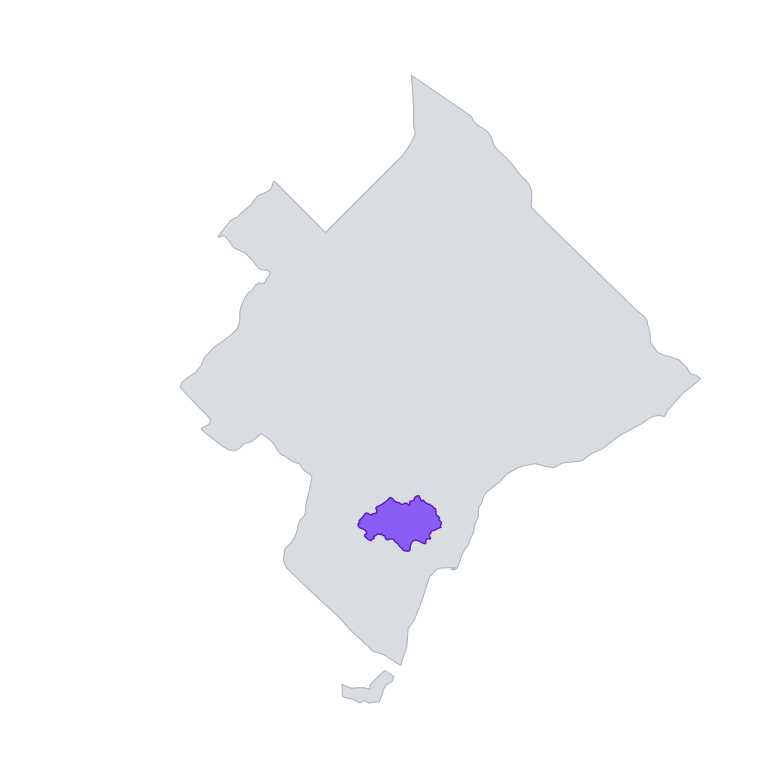 Cuanza Norte highlighted on a map of Angola, rotated 224°
{"feature_id": "AGO-1878", "entity_name": "Cuanza Norte", "entity_type": "Province", "adm_level": 1, "iso_a3": "AGO", "parent_name": "Angola", "parent_adm1": "", "projection": "albers", "projection_center": [14.948, -8.858], "detail": "fine", "context": "in_parent", "style": "filled", "palette": "violet", "viewbox_px": 768, "rotation_deg": 224, "n_neighbors": 0, "source": "natural_earth", "source_scale": "10m", "svg_char_len": 7398}
<svg xmlns="http://www.w3.org/2000/svg" viewBox="0 0 768 768"><g transform="rotate(224 384 384)"><path d="M605.7,374.6L606.4,379.5L607.1,386.3L607.5,391.2L608.0,393.4L608.2,394.5L607.5,395.8L606.9,398.7L605.8,401.2L605.2,403.0L605.6,406.4L604.6,416.1L604.3,421.0L605.5,429.7L605.2,432.3L602.1,440.2L601.1,444.2L600.9,446.2L603.9,452.2L603.7,453.4L601.3,453.7L599.3,453.7L531.4,452.3L529.6,553.3L529.4,561.9L531.4,573.3L535.1,585.7L536.7,586.9L540.6,589.2L546.1,594.0L549.1,597.5L555.3,603.8L563.6,611.7L578.6,625.1L527.4,633.8L507.8,637.0L506.0,636.9L503.1,635.5L496.9,635.1L489.5,636.9L483.6,637.3L479.3,636.4L475.1,634.7L471.0,632.2L463.9,631.2L453.7,631.7L444.0,631.1L434.6,629.4L427.8,628.7L423.8,629.0L419.4,628.5L414.8,627.0L410.9,624.7L406.3,619.7L402.7,615.0L401.7,614.3L400.6,613.6L399.5,613.4L379.3,613.0L256.2,612.4L241.9,613.2L240.8,613.0L239.0,612.5L237.8,611.4L233.7,608.8L230.2,606.8L225.4,603.4L222.3,599.6L219.7,598.5L215.1,597.8L211.6,597.2L208.8,597.0L203.9,598.8L200.1,600.6L197.5,602.3L192.8,604.2L189.0,606.2L182.2,606.0L180.7,606.3L176.9,606.2L173.3,604.5L169.7,604.7L165.7,606.9L160.0,607.8L161.2,593.8L162.5,587.6L162.5,580.2L161.5,561.1L160.5,558.5L159.8,555.4L163.4,553.0L165.2,551.2L167.6,548.0L169.3,543.5L171.3,533.7L178.6,511.0L182.0,488.7L186.5,478.2L188.1,466.4L200.7,451.1L203.7,441.7L210.3,437.0L219.5,432.1L226.1,423.3L229.3,417.3L232.9,405.7L232.8,393.6L235.1,377.4L234.5,372.8L231.0,366.4L230.4,361.8L227.2,357.3L223.7,353.9L222.1,347.8L216.0,338.2L214.3,331.8L211.5,327.2L211.0,321.5L209.4,315.5L206.5,309.6L203.6,302.8L203.6,300.7L205.3,298.1L207.0,297.2L206.5,298.5L205.3,300.1L205.6,301.2L216.8,289.3L217.5,286.9L217.1,284.3L217.0,281.1L217.5,277.4L206.7,255.5L198.2,235.1L196.7,224.8L185.4,211.3L180.9,202.5L178.4,196.3L176.5,194.0L177.2,192.8L180.1,192.4L186.5,191.0L195.3,189.4L203.4,185.7L205.5,184.1L209.9,183.8L214.3,184.7L215.9,184.0L216.8,184.0L227.1,183.9L231.4,183.7L239.4,183.7L244.4,184.0L247.2,184.4L255.0,185.0L264.6,184.8L268.0,184.5L280.6,184.3L304.3,183.9L316.7,184.0L326.1,184.1L330.4,185.4L334.4,187.8L336.1,190.1L337.0,191.0L338.1,193.4L340.3,195.2L341.0,198.1L340.4,202.0L340.7,206.7L341.9,212.2L344.5,217.9L348.4,224.0L350.1,228.8L349.5,232.3L350.7,236.0L353.6,240.0L355.7,242.1L357.0,243.7L360.3,249.7L370.9,266.7L372.5,267.5L374.9,267.3L379.9,266.6L384.8,266.5L388.3,268.0L389.8,267.7L395.1,264.9L400.4,264.1L406.0,263.0L408.9,261.8L412.2,261.8L421.2,264.2L422.9,264.4L430.2,264.4L437.6,263.2L438.8,253.5L438.9,251.6L440.7,248.0L442.9,244.9L443.2,241.8L443.2,237.7L444.9,232.7L449.8,228.7L457.8,226.9L462.3,226.6L469.5,225.6L480.3,224.6L484.3,224.8L484.6,225.4L482.2,232.3L482.1,234.6L482.9,236.9L484.7,238.2L506.3,238.8L527.0,239.9L528.1,240.3L529.0,240.8L530.3,244.3L529.9,251.0L527.7,260.8L528.3,270.0L531.7,278.6L531.8,291.8L528.6,309.4L527.8,320.6L529.3,325.3L532.6,330.3L537.7,335.5L541.6,342.2L544.2,350.4L545.1,355.5L544.3,357.6L544.3,361.3L545.1,366.5L544.0,370.0L541.2,371.6L540.2,373.9L541.5,378.4L541.8,382.5L543.7,385.2L545.0,385.4L547.9,384.0L551.4,381.4L554.1,380.3L558.0,380.5L563.4,381.4L573.0,381.9L575.9,381.5L584.9,378.0L587.3,377.8L590.8,378.2L595.7,379.4L600.8,379.7L603.2,378.7L603.5,377.2L604.3,375.3L605.7,374.6ZM205.5,138.3L204.9,139.0L200.8,140.6L196.4,142.2L190.7,148.5L187.8,151.2L187.0,151.9L184.3,153.4L182.4,154.7L182.5,155.4L183.8,156.2L185.1,157.6L185.0,167.8L184.5,177.9L183.8,178.8L180.2,179.2L175.3,179.9L173.8,180.4L173.2,179.4L171.6,175.7L172.5,172.2L173.4,169.6L172.3,164.2L169.8,159.5L167.1,153.5L166.3,152.3L168.5,150.4L171.8,146.1L173.2,143.9L177.0,143.4L178.5,141.8L179.5,139.4L179.8,137.9L184.2,136.7L189.4,134.6L192.3,132.3L195.2,130.8L197.1,130.7L198.3,131.3L201.7,135.3L204.6,137.8L205.5,138.3Z" fill="#d9dde1" stroke="#a8b0b8" stroke-width="1"/><path d="M292.3,261.1L293.1,262.0L293.0,262.8L292.7,263.7L292.8,264.6L293.6,265.3L294.8,265.6L296.2,265.6L297.2,265.5L298.1,265.3L299.6,264.4L300.4,264.1L302.0,263.8L303.0,263.8L303.7,264.0L303.9,264.1L304.8,264.8L305.3,265.3L305.5,265.5L305.4,265.6L304.9,266.0L304.8,266.6L305.2,267.2L306.0,267.4L306.7,268.0L306.9,269.8L306.8,271.4L306.8,273.2L307.1,275.1L307.3,277.2L307.4,277.8L307.4,278.6L306.7,279.2L303.0,280.5L302.3,280.8L302.2,281.4L302.1,281.9L301.9,282.7L300.5,284.7L300.0,286.0L300.3,286.7L300.8,287.6L301.6,288.2L303.3,288.9L303.8,289.6L303.9,290.4L303.6,291.3L302.8,292.9L301.8,296.4L301.2,299.8L300.9,301.1L300.8,301.8L300.8,302.8L300.9,304.0L300.8,306.5L300.4,306.8L300.1,307.0L299.6,307.2L298.1,307.4L296.7,307.5L296.3,307.3L295.6,306.9L295.3,306.8L294.8,306.9L294.3,307.2L293.9,307.5L293.4,307.8L293.1,307.9L292.5,307.9L292.1,307.9L291.8,308.2L291.2,308.8L290.9,309.0L290.1,309.3L288.6,309.3L287.8,309.5L286.8,310.5L286.4,312.0L285.8,313.4L284.4,314.0L282.8,313.9L282.2,313.9L281.7,314.0L281.3,314.7L283.2,316.4L283.7,317.9L282.8,319.1L281.7,320.4L281.8,321.1L282.6,322.8L282.9,323.7L283.0,325.0L282.7,326.0L282.2,326.7L281.3,327.8L280.9,327.7L280.4,327.6L280.1,327.5L277.1,326.3L276.0,326.0L275.7,325.9L275.4,325.9L275.3,326.3L275.4,327.1L275.3,327.4L274.8,327.7L271.9,327.4L270.5,327.8L270.4,327.8L269.9,328.1L269.5,328.0L269.2,327.9L268.7,327.9L268.5,328.1L268.2,328.7L268.0,329.0L267.7,329.1L263.8,329.7L263.4,329.7L262.6,329.5L261.3,329.5L261.1,329.5L260.8,329.6L260.6,329.8L260.3,330.0L260.0,329.8L259.4,329.2L259.2,329.0L258.2,328.5L257.9,328.2L256.9,327.2L256.3,326.8L255.6,326.4L254.8,326.2L254.0,326.2L252.7,326.6L252.2,326.4L251.0,326.2L250.7,326.0L250.6,325.1L250.5,324.9L250.4,324.8L249.7,324.3L249.3,324.1L248.8,324.3L248.0,324.4L247.0,324.4L246.4,324.2L245.9,323.5L245.0,321.3L244.0,320.4L243.6,320.4L245.1,316.9L246.0,314.0L246.4,313.2L247.6,311.7L247.8,311.0L247.8,310.7L247.2,309.8L246.7,308.9L246.8,308.3L247.0,307.5L246.7,306.8L246.0,306.2L244.1,305.7L243.2,305.1L243.2,304.4L243.7,303.9L244.5,303.5L245.2,302.9L245.7,301.9L245.7,301.2L245.6,300.8L245.4,300.5L244.1,299.5L243.5,299.0L243.4,298.5L243.6,297.7L244.9,296.7L249.1,295.5L250.7,294.9L252.0,294.2L252.7,293.5L253.4,292.8L253.8,292.0L254.1,291.2L254.2,290.3L254.0,289.5L252.7,285.8L251.8,284.7L250.9,283.8L250.3,283.0L250.1,282.4L250.0,282.1L250.1,281.0L251.5,279.6L253.1,278.5L254.3,278.0L254.9,277.9L255.8,277.9L256.3,278.0L257.1,278.2L257.3,278.2L258.9,278.1L259.2,278.1L259.7,278.2L260.6,278.1L260.8,278.2L262.4,278.5L262.5,278.5L262.8,278.7L262.9,279.0L263.1,279.1L263.3,279.1L263.8,278.8L264.8,278.4L265.9,278.2L266.4,278.2L267.3,278.5L268.4,278.7L268.9,278.7L269.5,278.6L270.5,278.3L270.7,278.2L270.9,278.0L271.0,277.8L271.6,277.2L272.1,276.7L272.3,276.3L272.7,275.2L272.9,274.9L273.2,274.5L273.7,274.1L274.1,273.9L274.3,273.8L274.6,273.8L275.1,274.0L275.3,274.0L275.6,274.0L275.8,274.1L276.2,274.2L276.5,274.4L276.6,274.5L276.8,274.6L276.9,274.8L277.0,274.9L277.2,275.0L277.4,275.1L277.8,275.2L278.1,275.2L278.4,275.1L279.2,274.6L279.5,274.4L279.9,274.4L280.5,274.4L280.8,274.4L281.2,274.6L281.4,274.6L281.6,274.5L281.7,274.4L281.8,273.7L282.0,273.3L282.3,273.0L282.5,272.9L282.9,272.9L283.0,272.9L283.2,272.5L283.5,272.1L283.9,272.0L284.0,272.0L284.1,271.8L284.3,271.3L284.4,271.1L284.6,270.8L284.7,270.3L284.8,269.0L285.0,268.1L285.3,267.8L285.5,267.5L285.5,267.3L285.4,267.0L285.2,266.5L285.0,266.3L284.8,266.2L284.6,266.2L284.3,266.3L284.1,266.3L284.0,266.1L284.0,265.7L284.2,264.9L284.5,264.2L284.7,263.6L284.4,262.4L285.3,261.8L287.7,261.2L291.7,261.1L292.3,261.1Z" fill="#8b5cf6" stroke="#5b21b6" stroke-width="1.5"/></g></svg>